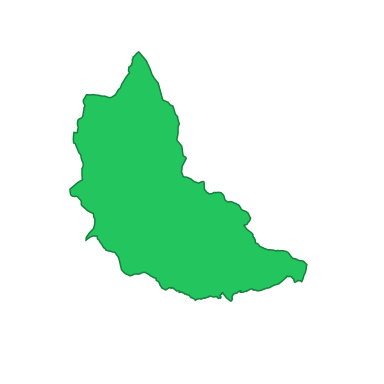 Bistra, Alba, Romania (Natural Earth projection), rotated 296°
{"feature_id": "2599482B44992285176007", "entity_name": "Bistra", "entity_type": "district", "adm_level": 2, "iso_a3": "ROU", "parent_name": "Romania", "parent_adm1": "Alba", "projection": "natural_earth1", "projection_center": [23.133, 46.419], "detail": "fine", "context": "isolated", "style": "filled", "palette": "green", "viewbox_px": 384, "rotation_deg": 296, "n_neighbors": 0, "source": "geoboundaries", "source_scale": "gbopen_adm2", "svg_char_len": 5935}
<svg xmlns="http://www.w3.org/2000/svg" viewBox="0 0 384 384"><g transform="rotate(296 192 192)"><path d="M172.6,328.5L175.1,327.5L177.0,327.1L177.8,325.2L178.0,324.1L178.0,323.9L178.5,323.4L178.6,322.8L178.6,322.5L178.7,322.2L177.2,318.0L177.4,317.1L177.3,314.3L177.0,313.1L176.6,312.1L176.6,311.5L177.2,309.7L177.6,309.3L177.8,308.6L178.8,306.9L179.7,305.0L179.7,303.9L179.9,302.7L179.6,301.5L178.9,298.9L178.2,297.6L177.4,296.5L177.3,296.2L177.2,295.0L177.1,294.6L176.2,294.0L175.0,289.4L174.5,288.7L174.6,288.2L174.5,287.8L173.5,286.2L173.3,285.5L173.0,282.2L172.9,277.1L173.1,276.3L174.1,274.2L174.3,273.5L174.3,273.0L174.0,272.0L174.0,271.7L174.6,271.1L175.4,270.4L176.3,270.0L176.9,269.5L177.1,269.3L177.1,268.6L177.8,268.2L178.1,267.9L178.0,267.1L178.1,266.8L179.1,266.4L179.5,265.9L180.4,265.5L180.7,265.0L181.2,264.1L181.4,263.2L181.6,262.6L182.0,260.0L182.3,259.0L182.4,258.4L182.8,257.0L183.1,256.5L183.3,256.1L183.7,255.5L184.7,253.5L185.0,253.3L185.2,253.5L185.5,254.2L186.0,254.6L187.1,255.6L187.8,255.8L189.3,255.7L189.6,255.7L190.0,256.1L190.5,256.3L192.9,256.4L193.6,256.3L194.0,256.0L194.5,255.9L194.9,255.0L197.6,251.7L198.2,249.2L197.8,245.8L197.9,244.4L198.2,243.5L199.1,242.7L200.0,241.1L200.5,240.4L200.9,238.8L200.6,238.1L201.0,236.4L200.5,235.4L200.7,233.0L200.6,231.8L200.0,230.3L198.6,228.8L199.0,226.3L199.4,225.1L202.4,222.4L203.4,220.8L203.6,220.3L203.5,219.7L204.1,218.9L204.1,218.3L203.4,216.2L203.2,215.7L201.7,213.4L201.6,212.5L201.2,212.0L199.9,211.1L198.9,210.3L198.2,209.0L197.8,207.9L198.3,206.3L198.1,206.0L198.1,205.6L199.2,203.5L199.7,202.1L205.6,198.8L206.3,198.1L206.3,197.4L205.8,196.6L202.8,193.9L202.3,189.3L203.3,185.2L203.0,180.6L202.2,178.9L202.1,177.2L205.7,173.6L207.1,173.3L210.7,171.9L219.7,172.1L220.5,171.1L220.8,168.1L228.7,162.7L232.0,155.5L238.5,153.8L244.5,150.9L247.5,150.8L251.5,147.2L253.3,146.1L254.8,142.8L259.1,138.9L260.9,137.0L260.7,134.0L262.1,131.3L261.9,125.4L275.1,113.8L277.6,108.3L280.2,104.4L283.8,100.8L289.9,93.4L294.6,82.8L293.5,82.1L292.3,81.6L288.5,80.5L287.8,80.0L287.6,79.9L286.5,80.5L285.2,80.3L284.7,80.3L283.8,81.0L283.1,81.3L281.2,81.6L280.0,82.1L279.5,82.0L279.0,81.5L278.2,81.5L276.7,80.6L276.4,80.5L275.7,81.0L274.5,81.1L273.3,81.7L272.5,82.3L271.9,83.5L271.7,83.6L269.9,83.1L266.2,82.4L261.2,82.0L258.7,81.6L257.4,81.7L254.6,82.0L253.5,81.7L251.6,81.0L250.3,80.9L247.4,80.7L245.6,80.4L241.9,78.2L241.4,77.7L240.9,77.0L240.7,76.4L240.6,75.8L240.2,74.9L240.1,72.5L240.0,71.7L239.0,69.7L238.6,68.5L238.0,65.6L237.0,63.2L236.3,60.7L236.1,60.3L235.4,59.2L234.2,57.1L233.3,54.8L233.2,54.6L232.8,54.5L230.8,54.4L227.2,54.1L226.5,54.2L225.0,55.1L223.2,57.3L222.7,57.8L222.1,58.0L220.7,58.0L220.1,58.1L218.5,58.8L214.4,59.9L212.5,60.6L211.5,60.7L210.7,60.5L209.8,60.0L208.3,58.6L207.3,58.1L206.7,58.1L204.8,58.4L202.6,59.4L201.7,60.0L200.6,61.2L199.9,61.6L197.6,62.0L195.2,62.8L194.8,62.7L193.8,59.8L192.5,60.1L187.4,62.2L184.2,64.1L184.2,66.1L182.4,67.9L177.9,73.0L177.6,73.5L176.8,75.3L175.8,76.3L173.7,77.7L171.6,79.8L170.4,81.3L168.0,82.7L167.5,82.9L166.2,82.9L164.6,82.8L162.9,83.9L160.1,85.1L154.7,88.2L151.7,85.9L150.7,85.3L141.4,81.2L141.0,81.1L140.5,81.3L137.1,83.5L136.7,83.9L136.1,84.8L135.9,85.3L135.9,86.1L136.0,86.9L136.4,88.2L137.6,90.4L137.6,91.0L137.4,91.6L136.6,93.3L135.9,95.3L135.6,96.0L134.7,96.7L134.1,97.1L132.1,98.0L131.6,98.7L130.7,101.7L130.3,103.5L129.6,105.4L129.3,108.4L129.3,111.1L129.4,112.7L125.9,115.2L125.7,115.5L125.5,116.2L125.4,116.4L123.2,117.5L120.3,118.6L117.9,119.2L115.9,119.5L115.4,119.4L114.5,119.0L113.6,118.8L110.5,117.8L109.2,117.5L106.2,117.1L104.5,116.9L102.3,117.9L106.8,120.1L109.2,122.5L110.6,125.9L110.3,126.5L108.7,127.4L108.1,128.5L108.0,129.4L106.5,131.6L105.3,133.9L103.2,137.0L103.1,138.4L102.0,140.2L102.7,144.0L103.9,149.1L101.0,154.7L97.2,157.9L91.2,162.7L89.7,166.5L89.4,169.2L89.6,170.8L89.6,171.4L89.5,172.2L89.5,172.9L89.7,173.4L90.6,174.4L92.9,176.1L93.5,177.1L93.9,177.6L94.3,179.1L95.5,181.0L98.0,182.8L98.3,183.2L98.5,184.0L99.2,185.1L99.1,186.8L99.1,187.8L98.9,188.7L99.0,189.8L98.5,190.9L98.4,191.4L98.5,192.3L98.4,193.1L98.3,195.5L98.3,196.0L98.8,196.9L98.7,197.4L98.6,197.7L97.8,198.0L97.0,198.6L96.8,199.2L96.8,200.9L96.7,201.3L95.6,202.6L95.3,203.3L94.4,203.9L94.2,204.2L93.9,204.9L93.6,205.2L93.4,205.9L92.7,206.5L92.5,207.2L92.5,209.6L92.3,210.5L92.5,211.2L92.9,211.6L94.9,212.8L96.2,213.7L96.7,214.9L96.3,214.9L96.2,215.3L96.5,215.5L97.5,216.6L97.2,216.9L97.3,217.3L96.3,221.7L96.9,222.6L97.3,223.3L97.3,223.9L96.4,224.3L96.2,224.4L96.8,225.5L97.3,225.9L97.5,226.5L97.4,228.4L97.5,229.3L97.1,230.1L97.8,231.1L97.4,232.0L97.4,232.6L97.9,233.7L97.9,234.1L97.8,234.8L96.6,237.5L96.8,238.0L97.0,241.0L96.9,241.3L96.4,242.0L96.2,242.3L96.2,242.6L97.4,243.1L97.7,243.4L99.5,245.7L99.6,246.8L99.8,247.3L100.7,248.1L102.0,249.0L102.0,249.8L102.4,250.4L103.5,251.3L103.6,251.6L105.1,253.1L106.1,253.2L106.3,254.1L106.7,254.7L106.8,256.2L107.0,257.1L107.2,257.7L108.6,259.5L108.9,260.1L108.4,260.9L107.9,262.3L108.8,263.2L109.0,264.1L109.7,263.7L110.3,264.1L110.7,263.6L111.1,262.5L112.1,262.6L112.9,263.3L113.9,262.9L114.5,263.1L115.0,263.8L114.2,264.5L114.3,264.7L113.5,266.4L111.9,269.5L111.1,273.4L111.0,274.8L111.5,275.2L112.9,275.3L113.5,275.1L115.6,273.8L118.1,274.0L118.7,274.2L120.9,276.7L121.8,277.0L123.2,277.7L124.5,279.0L123.1,279.4L124.2,281.6L126.5,283.9L126.6,284.1L126.5,284.5L127.2,284.9L130.3,287.1L131.2,288.4L131.3,289.0L131.2,289.7L130.8,290.0L131.0,290.2L131.0,290.8L131.4,291.0L131.6,291.5L131.9,294.4L133.8,297.1L138.3,301.2L139.6,303.3L144.3,306.6L147.2,310.1L150.5,311.7L155.2,313.6L156.5,314.1L157.2,314.2L157.9,314.1L158.1,315.5L158.9,316.9L159.2,317.7L159.3,318.5L158.3,321.1L158.4,321.6L157.5,322.2L156.3,323.2L155.9,323.9L157.6,325.4L158.7,325.9L159.7,328.2L159.7,328.7L159.4,329.6L159.4,329.9L162.0,329.9L162.9,329.6L163.6,329.7L165.6,329.2L166.7,329.1L169.2,329.2L171.1,328.7L172.6,328.5Z" fill="#22c55e" stroke="#15803d" stroke-width="1.5"/></g></svg>